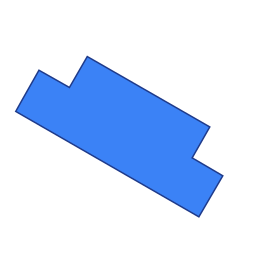 Red Lake, Minnesota, United States of America, rotated 210°
{"feature_id": "52423323B54609043510848", "entity_name": "Red Lake", "entity_type": "district", "adm_level": 2, "iso_a3": "USA", "parent_name": "United States of America", "parent_adm1": "Minnesota", "projection": "albers", "projection_center": [-96.095, 47.862], "detail": "fine", "context": "isolated", "style": "filled", "palette": "blue", "viewbox_px": 256, "rotation_deg": 210, "n_neighbors": 0, "source": "geoboundaries", "source_scale": "gbopen_adm2", "svg_char_len": 282}
<svg xmlns="http://www.w3.org/2000/svg" viewBox="0 0 256 256"><g transform="rotate(210 128 128)"><path d="M22.2,86.5L22.0,134.0L57.5,134.2L57.7,169.8L199.0,169.5L199.0,133.8L234.0,133.5L233.7,97.9L233.5,86.2L22.2,86.5Z" fill="#3b82f6" stroke="#1e3a8a" stroke-width="1.5"/></g></svg>